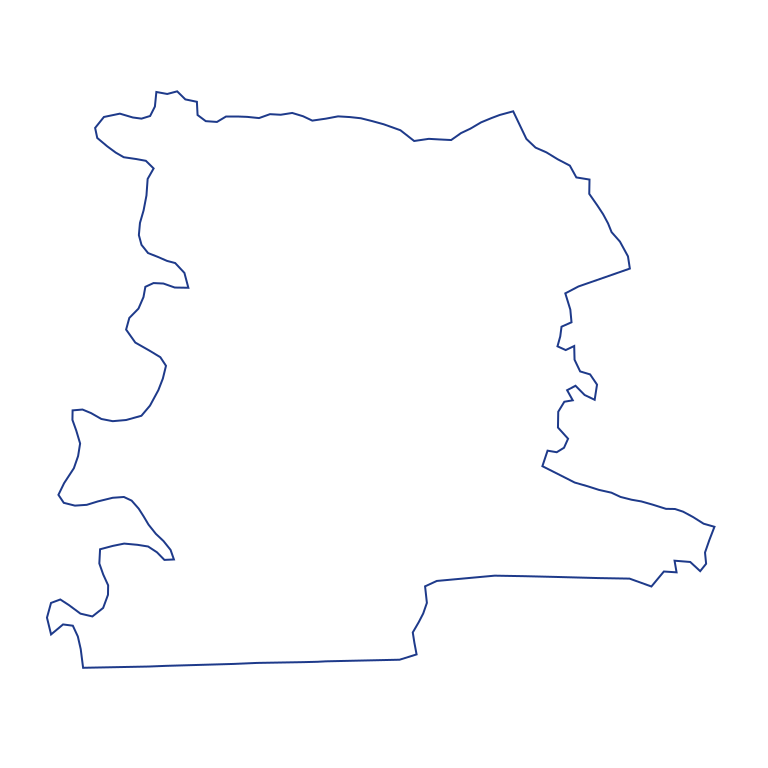 the district of Descanso, Santa Catarina, Brazil, rotated 181°
{"feature_id": "56859067B97480516483925", "entity_name": "Descanso", "entity_type": "district", "adm_level": 2, "iso_a3": "BRA", "parent_name": "Brazil", "parent_adm1": "Santa Catarina", "projection": "mercator", "projection_center": [-53.473, -26.861], "detail": "fine", "context": "isolated", "style": "outline", "palette": "blue", "viewbox_px": 768, "rotation_deg": 181, "n_neighbors": 0, "source": "geoboundaries", "source_scale": "gbopen_adm2", "svg_char_len": 2741}
<svg xmlns="http://www.w3.org/2000/svg" viewBox="0 0 768 768"><g transform="rotate(181 384 384)"><path d="M51.1,247.0L62.0,249.9L72.9,256.5L82.8,261.6L90.9,264.1L99.9,264.1L113.4,268.1L124.7,271.1L134.4,272.6L145.5,275.2L154.7,279.3L167.3,281.9L178.6,285.3L191.6,288.8L224.2,304.6L219.3,320.2L210.1,318.8L202.9,323.4L199.0,332.5L209.3,343.5L209.3,359.3L203.4,369.4L195.0,371.0L200.8,381.0L192.5,385.6L183.2,376.5L173.1,371.9L171.0,387.1L178.1,397.2L188.1,400.0L193.9,411.6L194.5,425.3L202.9,421.1L211.2,424.7L208.6,434.7L207.5,444.4L197.6,449.0L199.0,461.6L204.3,477.8L191.3,484.9L140.2,503.7L142.3,515.9L150.6,530.5L159.1,539.8L162.8,548.5L167.9,557.6L173.7,566.1L182.1,577.7L182.1,592.0L195.3,593.9L202.0,605.6L214.2,611.7L225.6,618.4L236.6,623.0L245.9,631.5L259.6,658.9L273.0,655.0L281.1,651.8L291.5,647.3L302.1,640.8L311.4,636.2L321.1,629.1L333.3,629.5L343.5,629.9L358.1,627.5L372.0,638.0L388.9,643.7L400.6,646.7L411.8,649.3L422.8,650.3L434.6,650.8L446.7,648.3L460.3,646.1L469.6,650.3L480.5,653.4L492.0,651.4L502.7,651.8L513.6,647.7L525.5,648.7L535.3,648.9L546.6,648.7L555.6,643.1L566.8,643.7L575.1,649.7L576.0,662.9L587.6,665.1L595.9,673.0L605.8,670.2L616.7,672.0L617.9,657.4L622.5,647.9L631.1,645.1L639.8,646.1L652.8,649.7L668.7,646.1L677.3,635.0L675.0,625.0L665.0,616.9L656.3,610.7L648.2,606.2L635.7,604.6L626.0,603.0L618.1,595.5L623.9,584.9L624.8,568.3L627.4,553.4L630.8,540.8L631.7,528.6L628.9,518.9L622.2,510.8L612.5,507.2L603.1,503.3L594.9,501.3L585.5,491.6L581.3,476.8L594.9,476.8L606.3,480.6L616.2,480.9L624.3,477.0L626.0,466.7L630.8,455.1L639.8,445.6L642.8,433.9L633.4,421.1L619.3,413.4L608.1,406.9L602.3,398.4L605.2,385.6L609.5,373.9L617.6,358.3L626.0,348.0L641.2,343.5L654.6,342.1L666.0,344.1L676.4,349.8L685.0,353.2L694.9,352.2L694.9,342.7L690.9,332.1L686.8,319.2L688.6,306.6L692.6,294.4L702.1,279.3L707.6,267.5L702.1,259.6L690.9,257.0L679.1,258.0L668.1,261.6L653.3,265.5L642.1,266.5L634.3,263.0L627.1,255.1L622.0,247.4L617.0,239.3L609.5,230.2L601.7,223.1L594.5,214.4L591.0,204.9L600.5,204.3L608.1,211.8L617.0,217.4L627.6,218.9L641.0,219.9L652.3,217.4L665.0,213.8L665.5,199.6L661.4,188.6L656.3,177.9L656.3,168.4L660.9,155.2L671.5,146.5L683.5,149.1L695.4,157.6L703.9,162.9L713.1,159.3L716.9,144.5L712.5,127.8L700.7,138.0L690.9,136.9L685.7,126.2L682.6,113.6L679.9,95.0L614.4,97.4L596.8,98.4L561.9,100.0L529.3,101.5L506.2,102.9L488.8,103.5L459.7,104.5L445.7,105.1L437.2,105.7L363.6,108.6L346.7,114.2L349.1,125.8L350.9,136.1L345.1,146.5L340.8,155.2L337.3,165.9L339.4,182.4L327.8,188.0L270.0,194.3L240.1,194.3L209.3,194.1L165.9,193.7L143.9,193.7L135.1,193.7L113.1,186.2L100.9,201.4L88.2,200.8L90.4,212.4L74.7,211.4L64.6,202.4L58.8,209.9L60.1,221.1L56.0,233.6L51.1,247.0Z" fill="none" stroke="#1e3a8a" stroke-width="2"/></g></svg>